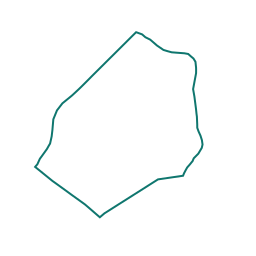 Docamel/La Resource, Vieux Fort, Saint Lucia (Robinson projection), rotated 198°
{"feature_id": "8701671B98536206371918", "entity_name": "Docamel/La Resource", "entity_type": "district", "adm_level": 2, "iso_a3": "LCA", "parent_name": "Saint Lucia", "parent_adm1": "Vieux Fort", "projection": "robinson", "projection_center": [-60.956, 13.742], "detail": "fine", "context": "isolated", "style": "outline", "palette": "teal", "viewbox_px": 256, "rotation_deg": 198, "n_neighbors": 0, "source": "geoboundaries", "source_scale": "gbopen_adm2", "svg_char_len": 1003}
<svg xmlns="http://www.w3.org/2000/svg" viewBox="0 0 256 256"><g transform="rotate(198 128 128)"><path d="M66.0,160.1L67.2,162.6L69.2,167.1L74.5,178.3L78.1,185.1L80.2,201.2L81.2,204.4L81.9,206.4L84.3,211.8L87.2,214.3L90.4,215.6L93.6,217.0L97.4,216.5L104.4,214.8L109.8,213.5L113.8,213.3L118.4,213.2L119.4,213.5L125.9,215.4L134.2,218.9L139.5,219.7L143.5,221.4L148.9,221.6L149.9,221.6L152.7,216.2L165.4,191.4L166.4,189.5L178.2,166.5L179.8,163.3L185.2,152.7L186.9,149.5L191.3,141.6L195.1,135.7L198.0,131.2L201.0,122.8L201.7,113.2L199.5,103.7L199.3,102.9L198.0,96.4L197.8,94.3L197.3,89.1L197.8,87.0L198.6,83.0L201.3,74.5L202.3,71.5L203.0,65.4L204.0,63.1L204.3,62.3L183.5,54.3L180.3,53.3L177.5,52.4L160.6,46.9L145.3,42.0L127.2,34.4L124.0,39.6L83.6,88.4L60.9,99.6L60.7,102.3L60.1,105.8L59.5,108.8L58.1,112.0L57.5,113.5L56.8,115.4L56.4,116.2L56.1,119.5L53.2,125.3L51.7,131.9L52.0,135.3L53.9,139.2L56.7,143.1L59.8,146.5L62.2,149.6L63.3,152.9L66.0,160.1Z" fill="none" stroke="#0f766e" stroke-width="2"/></g></svg>